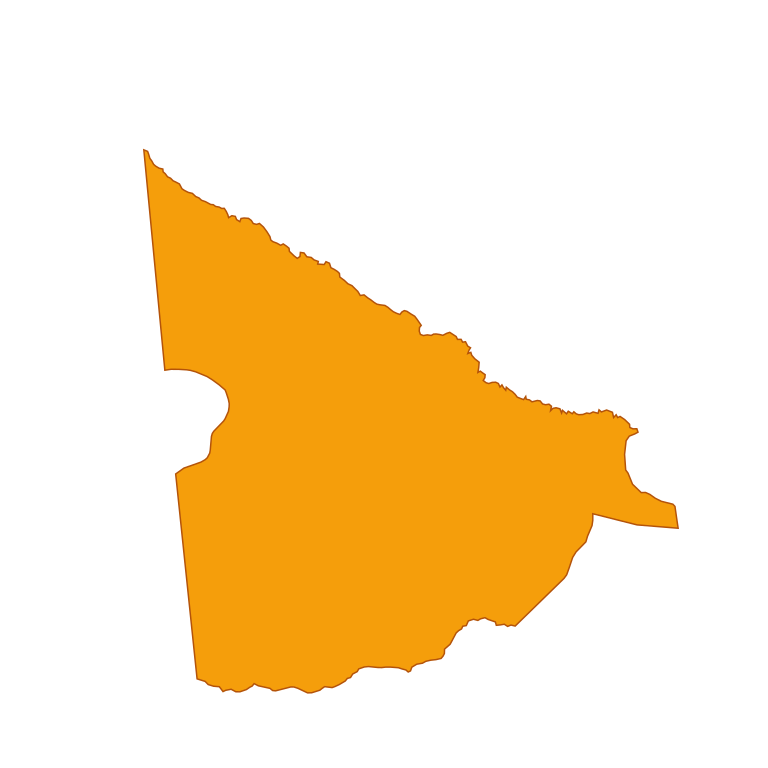 outline of Chapadão do Céu, Goiás, Brazil, rotated 346°
{"feature_id": "56859067B16920149429601", "entity_name": "Chapadão do Céu", "entity_type": "district", "adm_level": 2, "iso_a3": "BRA", "parent_name": "Brazil", "parent_adm1": "Goiás", "projection": "orthographic", "projection_center": [-52.582, -18.383], "detail": "fine", "context": "isolated", "style": "filled", "palette": "amber", "viewbox_px": 768, "rotation_deg": 346, "n_neighbors": 0, "source": "geoboundaries", "source_scale": "gbopen_adm2", "svg_char_len": 4034}
<svg xmlns="http://www.w3.org/2000/svg" viewBox="0 0 768 768"><g transform="rotate(346 384 384)"><path d="M452.7,650.6L511.6,616.2L515.1,613.3L519.1,607.3L525.1,597.9L529.7,593.4L541.7,586.0L544.6,581.0L551.6,571.7L553.6,566.8L555.2,560.4L595.4,581.9L634.5,595.1L635.2,587.9L636.7,573.2L635.2,570.5L624.7,564.9L619.6,560.5L615.2,555.4L611.5,552.5L607.3,551.6L600.9,541.4L599.2,529.5L597.7,525.9L600.4,510.5L605.2,497.6L609.4,493.9L615.3,493.1L618.8,492.2L618.5,488.6L614.7,487.7L612.0,485.7L612.5,482.5L608.9,476.7L605.2,472.6L602.6,473.1L601.8,470.0L598.7,472.1L598.8,466.7L593.7,463.1L588.2,463.7L586.4,461.1L584.6,464.2L580.1,461.7L576.6,462.5L573.6,461.2L569.7,461.7L565.5,460.9L563.3,459.5L561.5,456.9L559.5,458.4L556.2,455.0L553.9,457.1L550.8,452.7L549.3,455.1L548.7,450.6L545.2,448.7L542.1,448.5L539.2,450.2L541.1,446.1L539.2,443.5L535.7,443.2L533.0,441.7L531.4,438.2L528.8,437.1L523.3,437.1L521.3,434.6L518.3,433.2L518.5,430.4L515.7,432.9L512.9,431.0L510.1,429.0L508.8,425.9L506.8,422.6L504.4,420.1L501.9,416.7L500.6,419.5L499.1,416.5L498.2,413.4L495.8,415.0L495.1,411.2L492.8,409.3L489.3,408.6L485.8,408.9L483.4,407.5L481.1,404.6L483.4,402.3L484.4,399.4L482.4,397.1L480.5,394.8L477.9,395.5L479.8,391.2L481.6,385.9L478.2,381.5L476.1,377.4L475.9,374.3L472.7,374.7L474.8,371.6L476.7,369.8L474.4,367.5L473.3,362.7L470.4,362.4L469.6,359.3L466.1,358.5L465.5,355.4L462.7,352.4L460.3,349.8L457.1,350.0L452.9,351.0L449.9,349.4L446.7,348.1L444.2,347.6L441.6,348.3L437.9,346.8L433.9,346.5L431.3,344.7L431.0,341.2L432.1,337.8L434.3,336.1L431.7,329.2L430.2,325.7L427.1,322.6L423.8,319.0L421.4,317.7L418.7,318.5L416.3,320.4L413.4,318.5L410.5,316.1L408.3,313.3L406.4,310.6L403.9,308.0L399.3,306.2L396.4,304.8L394.1,302.4L391.6,299.2L389.0,296.4L386.2,292.7L382.4,292.4L381.0,287.9L379.1,284.8L376.7,280.8L373.2,278.0L370.8,274.2L367.0,269.5L367.5,265.9L366.1,263.6L363.5,260.8L360.6,258.3L360.3,253.6L357.3,251.3L354.9,253.6L351.8,252.6L348.7,251.6L349.9,249.2L346.2,246.7L344.0,243.6L339.9,241.9L338.1,237.5L334.7,236.1L333.3,240.0L330.2,241.1L327.8,238.0L325.8,234.8L324.3,232.4L324.7,229.3L322.8,226.7L320.1,223.7L317.3,224.4L314.1,221.4L310.6,219.0L309.0,216.9L309.0,213.4L307.3,208.1L305.0,202.5L302.0,198.1L299.0,198.3L296.0,196.7L294.8,193.2L292.6,190.5L288.4,189.1L285.3,188.8L283.4,191.6L280.7,188.8L280.3,185.4L277.1,183.9L273.5,185.0L273.4,181.9L272.7,178.4L271.5,174.9L269.0,174.4L266.8,172.4L263.6,171.0L261.7,168.7L259.3,167.9L254.9,163.9L251.4,161.6L249.5,158.7L246.7,156.6L244.2,152.7L240.4,150.7L237.2,147.9L235.2,145.7L233.9,140.4L230.5,137.4L228.5,135.8L226.7,132.7L224.1,130.6L222.6,127.0L221.0,124.7L221.4,121.9L218.0,120.2L215.1,117.3L213.6,115.1L212.6,111.3L211.4,108.4L211.2,103.8L210.9,101.1L207.6,98.7L174.7,317.6L181.0,318.2L188.7,320.2L196.0,322.5L199.4,323.9L204.2,326.6L214.2,334.0L218.5,338.5L224.0,345.1L225.8,347.7L228.4,351.3L228.8,354.1L229.3,361.1L229.1,365.5L228.2,368.7L226.4,373.0L221.5,379.2L219.5,381.1L207.5,388.6L205.5,390.4L203.9,393.1L199.4,406.2L198.2,408.9L194.7,412.8L192.1,414.2L187.5,415.5L169.5,417.2L160.1,420.9L131.3,624.9L138.5,629.3L140.7,633.1L145.5,636.0L151.0,637.9L153.4,643.5L156.3,642.9L161.8,643.2L165.8,646.8L169.8,647.8L176.6,647.2L180.3,645.8L183.0,645.2L185.5,643.3L189.0,646.4L199.7,651.7L201.8,654.5L204.6,655.5L220.2,655.4L223.3,656.2L226.8,658.4L235.1,665.2L239.2,666.1L247.7,665.6L250.3,664.4L253.2,663.3L260.2,666.0L263.2,665.7L267.9,664.8L274.6,662.8L277.2,660.8L280.5,660.7L283.5,657.8L288.4,656.6L290.6,654.3L296.5,653.8L300.6,654.4L309.5,657.6L313.2,658.6L317.2,659.1L321.6,660.2L329.4,662.8L332.5,664.8L336.1,666.8L337.8,669.3L340.3,668.8L342.5,665.5L348.0,663.8L353.8,664.2L357.5,663.2L362.6,663.3L367.8,664.0L373.0,664.1L375.5,662.3L377.4,660.1L378.6,655.9L385.2,652.5L387.4,650.1L393.8,643.0L396.7,641.4L400.0,640.4L401.8,638.1L405.4,638.3L408.5,634.3L413.9,633.9L417.9,636.1L420.9,635.2L425.5,635.2L428.0,637.6L434.5,641.8L434.6,645.3L438.6,645.9L442.6,646.2L445.3,649.1L448.9,648.6L452.7,650.6Z" fill="#f59e0b" stroke="#b45309" stroke-width="1.5"/></g></svg>